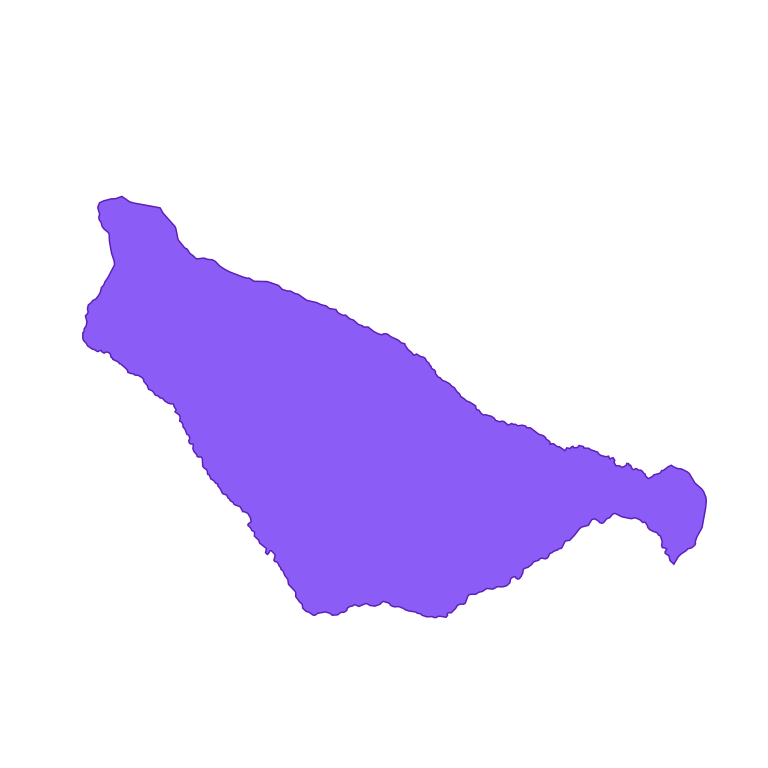 Santa Rita do Pardo, Mato Grosso do Sul, Brazil, rotated 343°
{"feature_id": "56859067B17478005205840", "entity_name": "Santa Rita do Pardo", "entity_type": "district", "adm_level": 2, "iso_a3": "BRA", "parent_name": "Brazil", "parent_adm1": "Mato Grosso do Sul", "projection": "orthographic", "projection_center": [-52.737, -21.229], "detail": "fine", "context": "isolated", "style": "filled", "palette": "violet", "viewbox_px": 768, "rotation_deg": 343, "n_neighbors": 0, "source": "geoboundaries", "source_scale": "gbopen_adm2", "svg_char_len": 6171}
<svg xmlns="http://www.w3.org/2000/svg" viewBox="0 0 768 768"><g transform="rotate(343 384 384)"><path d="M635.0,545.7L631.6,546.2L625.8,548.4L624.4,547.9L621.9,550.0L615.3,549.8L613.8,550.9L609.1,551.8L607.2,548.4L607.4,546.6L606.1,544.9L605.7,543.2L604.3,541.4L602.2,540.8L601.2,539.2L600.0,538.5L597.7,538.9L596.6,537.8L596.0,533.7L594.7,533.5L594.7,531.7L593.0,530.9L591.6,532.7L587.2,533.4L585.6,531.3L581.8,529.8L581.1,525.9L582.4,524.5L581.5,521.4L577.9,521.5L577.7,518.7L574.8,518.4L570.3,515.5L568.9,513.6L568.4,511.6L562.4,507.2L561.0,505.3L556.4,503.7L556.5,502.2L552.5,499.8L550.6,501.3L546.8,500.5L546.5,498.8L544.8,499.0L543.2,500.1L540.1,498.5L537.6,500.7L533.4,495.3L531.9,494.9L530.8,493.9L528.8,490.8L526.8,490.1L525.3,490.2L525.7,488.4L525.1,486.6L522.8,484.0L522.9,482.5L521.3,480.0L517.3,477.3L511.3,468.8L507.9,467.6L507.1,465.6L504.2,463.8L499.9,463.1L497.5,460.7L495.8,460.5L494.7,459.1L490.6,459.6L487.9,455.1L486.5,454.2L483.2,453.7L480.1,451.4L479.4,448.9L477.3,446.3L472.5,443.3L469.7,442.5L468.2,440.2L467.1,436.7L465.3,435.7L464.8,433.6L465.3,432.0L464.4,430.6L460.3,426.0L457.8,424.2L456.9,422.3L453.7,418.3L453.3,415.3L451.5,412.7L450.3,408.3L448.1,405.8L446.8,402.9L443.7,399.7L441.0,397.7L439.3,394.2L437.9,393.4L436.3,389.0L436.9,387.0L436.3,385.3L434.7,383.9L434.1,382.6L434.1,380.6L433.2,379.0L433.1,377.3L431.5,374.8L430.8,371.3L429.6,369.9L427.1,368.5L424.0,364.9L421.0,365.2L419.4,361.6L417.0,357.9L415.5,353.2L415.6,351.5L412.6,349.8L410.5,346.2L404.3,340.7L402.3,337.8L401.0,336.7L398.2,335.9L396.6,336.4L393.4,334.5L389.7,331.0L385.4,324.8L380.9,323.5L380.5,322.1L376.8,319.5L373.5,313.9L370.3,311.7L367.4,306.8L365.6,306.6L364.2,305.8L361.7,303.4L360.7,302.0L359.8,298.7L353.9,295.9L351.5,292.4L347.0,289.7L343.3,286.4L334.7,281.5L328.1,273.0L325.2,271.4L321.8,267.8L318.8,266.8L314.4,263.8L311.9,258.9L309.9,257.4L302.3,251.9L289.7,247.7L285.9,243.2L284.2,242.9L280.7,240.7L269.7,232.1L265.5,228.1L261.6,223.5L258.6,217.5L256.2,215.0L251.7,213.2L248.8,211.0L241.5,209.6L240.2,208.1L239.5,206.4L236.6,202.4L235.0,197.1L233.9,196.5L232.9,194.8L229.8,187.3L229.3,185.4L230.4,174.4L230.1,172.2L222.6,155.8L221.4,150.1L197.3,137.6L194.0,135.4L188.2,128.0L181.6,128.3L177.3,127.2L169.4,126.9L165.0,127.5L162.6,130.4L161.8,131.9L161.7,138.5L160.0,141.1L159.7,143.8L160.7,146.8L160.5,150.9L161.5,153.8L164.7,158.7L164.9,160.6L163.2,167.0L161.7,179.2L161.9,187.8L161.1,191.3L151.1,201.5L147.1,204.6L144.7,207.7L142.0,209.1L139.3,213.7L136.4,216.3L133.2,218.5L129.9,219.0L127.7,220.6L124.3,222.0L122.4,225.3L122.1,228.7L120.8,230.2L118.4,231.5L118.1,237.6L116.3,241.2L113.4,243.6L112.7,245.8L110.9,247.1L109.3,252.3L109.4,254.6L111.2,258.1L111.7,260.9L115.3,265.4L116.9,266.2L119.4,269.2L123.1,269.1L123.9,271.1L125.4,272.7L127.4,272.1L129.1,272.9L130.6,274.3L131.0,275.9L130.8,278.7L131.8,279.7L131.9,281.2L136.4,285.3L136.9,287.2L138.2,288.0L142.2,294.6L142.7,296.5L142.5,298.1L145.6,300.3L147.2,300.8L148.3,302.6L151.5,303.9L154.7,307.3L155.4,309.8L155.1,311.3L157.1,316.0L157.3,320.2L160.0,322.4L161.0,324.0L162.0,327.7L164.6,329.5L165.7,331.7L168.0,333.0L169.6,336.4L171.9,339.1L174.5,340.8L176.1,341.1L177.0,342.2L176.6,344.0L177.7,347.9L176.0,349.5L179.3,354.0L179.4,356.0L177.7,359.8L179.2,361.2L179.7,362.9L179.8,364.3L179.3,365.7L179.5,367.1L180.4,368.4L180.8,374.5L182.1,375.7L182.5,377.9L182.1,379.7L180.8,381.0L180.5,382.5L180.8,383.9L181.9,385.0L183.6,385.4L183.7,386.8L182.3,390.1L182.6,393.3L184.2,396.6L184.1,398.5L185.3,399.7L187.7,400.2L188.5,402.0L186.6,409.6L187.4,411.7L189.6,414.6L189.0,418.9L190.3,419.7L190.6,424.1L193.0,426.7L194.0,429.6L195.8,431.1L195.3,432.8L196.7,436.1L197.6,441.7L201.2,444.3L201.4,447.2L202.6,448.8L202.8,450.6L205.2,453.2L205.2,454.6L206.0,455.9L210.5,459.2L211.6,464.8L213.2,465.4L216.0,468.0L217.2,473.3L216.6,477.0L213.3,478.0L212.5,479.2L214.4,482.7L214.7,485.2L216.9,487.6L215.6,491.6L218.5,496.7L218.6,499.9L223.5,506.9L221.4,510.7L222.6,512.9L224.2,512.2L226.1,510.2L227.4,510.3L229.6,514.6L229.7,516.3L227.2,520.3L227.6,521.7L229.4,522.8L230.2,524.2L230.6,527.5L231.5,529.4L231.3,531.2L232.8,533.3L233.1,538.0L234.9,542.7L234.1,547.6L238.5,556.5L238.5,558.0L237.4,561.6L239.5,567.5L241.4,570.9L240.7,574.6L242.9,578.5L245.8,580.6L248.3,583.9L249.4,584.8L251.4,584.8L253.3,583.9L261.2,584.8L265.1,587.3L266.9,590.0L272.2,591.2L275.4,589.9L277.0,589.9L278.5,590.6L280.1,590.4L282.1,589.7L283.4,587.7L286.1,586.8L289.0,587.1L291.5,586.4L295.0,589.4L301.3,588.7L303.4,589.0L305.9,591.7L310.4,593.8L315.7,593.5L318.6,591.9L320.0,591.8L325.1,595.3L325.4,597.2L327.0,599.0L329.0,600.2L333.1,601.2L337.3,604.6L338.6,606.4L341.6,608.4L347.8,611.4L348.8,612.9L351.9,614.6L352.8,616.3L356.9,619.2L362.1,620.5L364.2,622.3L366.0,622.5L368.0,622.0L369.7,622.5L375.2,625.2L377.2,623.9L377.1,622.4L378.6,621.6L381.5,622.4L387.0,619.5L389.5,617.1L392.9,616.9L395.9,617.9L397.7,617.3L402.3,611.2L403.8,610.4L405.9,610.6L410.3,611.9L413.6,610.9L417.7,611.1L422.4,609.6L428.2,612.0L433.1,611.0L438.8,612.8L442.5,612.7L446.3,610.9L447.9,607.7L448.9,606.8L451.1,606.4L453.2,606.5L453.5,608.3L454.9,609.7L456.6,609.7L458.9,608.1L461.5,605.2L462.8,602.5L464.0,601.4L468.1,601.4L472.2,599.9L475.2,597.8L480.6,597.7L482.1,596.7L483.8,596.6L487.2,598.4L488.9,598.3L490.6,597.3L493.1,594.4L495.1,594.5L497.4,593.6L501.6,593.4L503.2,592.7L505.3,593.0L506.5,592.4L510.7,587.8L512.5,587.2L515.8,587.8L522.5,584.0L527.8,580.1L530.9,578.6L538.1,578.9L543.1,574.4L546.3,574.6L549.0,577.8L549.6,579.4L551.7,580.9L553.3,580.8L557.7,578.0L560.9,577.8L563.8,575.8L565.5,575.2L567.3,575.4L572.7,580.6L580.0,584.6L581.5,585.2L584.6,585.2L586.2,586.2L589.2,588.9L590.9,592.0L593.3,592.6L594.4,596.1L594.4,598.6L595.5,600.9L598.7,604.0L601.6,606.0L602.2,608.4L603.9,610.2L604.0,616.0L602.3,619.5L602.3,621.8L605.2,623.2L606.1,624.6L603.6,626.8L603.4,628.3L606.2,631.5L605.9,636.5L608.5,641.1L614.8,635.3L618.4,633.4L624.6,631.6L626.1,630.5L630.5,630.6L634.4,628.8L635.2,627.6L635.8,625.4L638.6,621.6L646.2,614.3L655.4,596.4L657.9,590.4L658.7,586.6L658.2,580.3L657.1,577.2L652.4,569.6L649.8,558.9L648.3,556.6L643.5,552.1L639.9,550.6L636.7,547.9L635.0,545.7Z" fill="#8b5cf6" stroke="#5b21b6" stroke-width="1.5"/></g></svg>